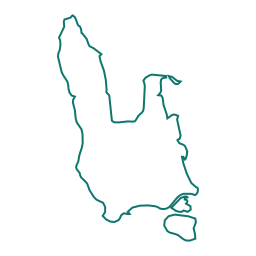 map outline of Sanma (Mercator projection)
{"feature_id": "VUT-561", "entity_name": "Sanma", "entity_type": "Province", "adm_level": 1, "iso_a3": "VUT", "parent_name": "Vanuatu", "parent_adm1": "", "projection": "mercator", "projection_center": [166.941, -15.188], "detail": "fine", "context": "isolated", "style": "outline", "palette": "teal", "viewbox_px": 256, "rotation_deg": 0, "n_neighbors": 0, "source": "natural_earth", "source_scale": "10m", "svg_char_len": 2476}
<svg xmlns="http://www.w3.org/2000/svg" viewBox="0 0 256 256"><path d="M177.4,197.4L170.0,206.3L168.4,207.6L166.8,208.4L165.0,208.9L162.8,209.0L160.5,208.7L157.2,206.9L155.5,206.3L148.1,205.4L139.8,205.7L132.4,207.6L127.7,211.9L129.6,213.9L128.0,214.1L123.9,213.3L121.5,214.9L120.6,216.5L119.9,218.3L118.5,220.1L114.6,222.0L110.3,221.6L106.1,219.4L102.7,215.9L105.1,212.1L105.2,207.1L103.1,202.8L96.5,199.7L93.7,196.8L89.4,189.9L87.3,183.9L86.1,182.3L81.0,177.2L80.2,175.4L79.6,172.9L76.7,169.2L76.1,167.2L76.5,165.4L78.3,161.4L79.3,155.5L81.9,147.3L82.7,143.2L82.5,133.9L81.4,129.2L76.8,122.5L75.7,118.6L74.9,110.3L72.9,102.6L73.1,99.9L74.9,96.6L71.6,95.5L69.5,92.5L68.5,88.7L68.2,84.9L67.3,81.5L63.2,75.2L61.6,71.9L58.0,56.7L58.3,53.4L59.7,50.1L60.4,45.3L60.2,40.6L59.0,37.7L64.2,26.8L63.8,21.8L64.5,19.5L70.6,17.6L71.8,16.0L72.7,15.4L74.9,17.2L75.7,18.9L77.6,24.2L78.1,25.3L79.7,26.2L80.8,28.3L81.3,30.8L81.5,32.9L82.2,33.3L86.7,39.0L88.4,44.0L89.6,46.2L93.5,48.2L101.4,54.2L99.5,56.1L100.4,60.8L103.9,70.5L105.8,79.8L106.6,89.8L106.4,92.1L107.4,93.5L108.6,94.5L109.3,95.9L111.9,120.7L114.1,122.3L119.1,122.4L127.7,121.4L132.7,121.6L134.7,121.4L136.0,119.8L138.4,115.8L140.0,114.2L141.7,112.8L143.1,111.0L143.7,108.3L144.8,86.2L144.4,83.6L143.4,80.5L145.6,77.7L149.0,75.6L151.7,74.6L166.2,76.0L166.2,77.5L162.7,78.1L161.1,79.7L160.7,82.3L161.2,90.6L160.4,92.7L158.2,95.2L161.4,95.6L162.7,98.0L163.5,104.8L166.8,114.6L167.4,118.4L172.1,115.0L174.5,114.5L178.1,115.8L177.1,119.5L180.6,135.6L179.7,138.8L178.1,139.5L177.4,140.2L179.4,143.2L180.3,143.6L183.4,144.8L184.7,145.8L185.4,146.9L187.2,151.3L186.8,155.1L185.9,158.4L184.8,159.5L183.4,156.8L182.0,156.8L183.4,163.5L186.8,173.7L191.3,183.0L195.9,187.0L197.6,187.9L198.0,189.9L197.5,192.2L196.7,193.8L195.3,195.0L194.2,194.9L192.8,194.2L190.6,193.8L183.4,193.8L180.6,194.9L177.4,197.4ZM189.9,240.6L186.1,240.5L183.4,239.2L178.1,235.2L175.2,234.0L169.8,232.6L167.4,231.1L164.2,225.6L164.8,220.3L168.6,216.2L174.7,214.6L188.4,216.3L195.3,218.6L195.9,222.2L193.6,228.4L195.0,234.2L195.3,238.7L189.9,240.6ZM180.6,198.1L184.3,196.6L186.9,196.6L187.4,197.4L184.7,198.1L184.7,199.5L186.7,200.0L187.4,201.1L187.1,202.4L186.0,203.7L190.4,206.1L190.7,209.6L187.8,211.8L183.4,210.5L182.7,211.3L182.1,211.6L180.6,211.9L177.8,211.5L175.8,210.8L171.4,207.8L180.6,198.1ZM174.0,82.9L169.7,78.1L168.8,76.0L172.2,77.0L177.2,80.9L180.6,81.5L178.9,83.3L177.2,84.1L175.5,84.0L174.0,82.9Z" fill="none" stroke="#0f766e" stroke-width="2"/></svg>